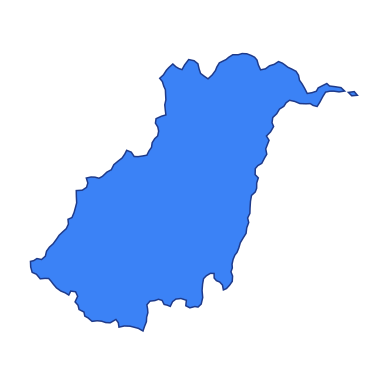 Araponga, Minas Gerais, Brazil (Natural Earth projection), rotated 188°
{"feature_id": "56859067B49785283687690", "entity_name": "Araponga", "entity_type": "district", "adm_level": 2, "iso_a3": "BRA", "parent_name": "Brazil", "parent_adm1": "Minas Gerais", "projection": "natural_earth1", "projection_center": [-42.51, -20.667], "detail": "fine", "context": "isolated", "style": "filled", "palette": "blue", "viewbox_px": 384, "rotation_deg": 188, "n_neighbors": 0, "source": "geoboundaries", "source_scale": "gbopen_adm2", "svg_char_len": 3000}
<svg xmlns="http://www.w3.org/2000/svg" viewBox="0 0 384 384"><g transform="rotate(188 192 192)"><path d="M308.2,75.7L303.5,74.5L299.7,72.8L298.3,77.0L293.4,77.0L290.7,72.8L292.5,66.9L289.1,64.0L287.5,59.9L282.3,58.1L280.9,54.2L277.5,52.9L273.0,50.0L268.0,51.3L263.6,51.5L259.2,50.7L254.8,51.1L249.6,55.2L246.8,52.3L245.5,48.0L240.4,49.9L234.7,50.5L230.2,50.0L226.1,49.5L221.2,47.5L220.3,52.3L219.1,57.2L219.5,61.8L218.9,66.3L219.7,70.0L221.0,74.0L218.4,78.1L213.7,79.3L210.3,81.1L206.5,80.5L204.0,76.8L200.8,76.5L197.6,75.7L196.0,80.7L193.1,83.7L188.1,85.0L182.5,84.0L182.3,78.5L178.0,77.0L173.2,79.0L170.0,78.9L167.3,82.3L166.7,89.0L168.3,95.8L168.7,102.3L168.5,107.8L166.1,111.1L162.5,114.0L158.8,114.4L158.1,109.9L155.5,107.6L152.0,106.7L148.9,104.1L147.3,99.4L144.4,101.2L141.8,105.0L139.7,109.1L140.1,114.4L142.3,118.4L141.5,122.4L142.3,126.1L141.9,131.1L140.8,135.4L139.0,138.6L137.9,143.0L137.1,148.5L135.0,153.5L132.7,158.6L132.8,164.2L131.6,169.7L133.3,174.0L131.7,178.9L132.3,184.3L132.8,191.0L132.6,196.9L129.4,200.8L128.5,204.7L129.2,209.9L128.3,215.2L131.9,218.0L132.6,224.0L130.5,227.3L126.9,230.1L124.8,236.0L123.2,239.8L125.0,245.0L123.8,250.1L122.9,253.9L126.1,257.8L122.6,262.5L120.3,268.2L122.4,271.7L122.4,277.0L119.0,281.3L116.9,286.3L113.0,289.6L111.2,293.5L108.2,296.4L102.9,296.0L97.5,294.6L91.4,295.2L87.2,296.0L84.1,294.6L80.0,294.1L77.9,298.8L75.6,305.1L73.6,309.5L69.6,311.0L65.6,311.6L60.3,311.6L54.9,313.2L59.0,316.1L65.2,316.2L70.6,316.1L73.6,318.2L77.4,315.6L81.5,312.7L82.9,309.1L86.9,307.1L91.6,305.6L94.9,310.3L98.0,314.3L101.1,317.6L102.8,322.5L105.8,326.0L110.5,327.7L114.5,328.9L117.6,330.7L120.5,332.2L124.5,333.2L128.3,329.9L132.8,327.8L136.4,324.2L141.1,322.5L144.0,327.1L146.0,331.7L148.8,334.2L152.2,335.4L156.9,336.5L161.6,336.1L165.2,334.4L170.7,333.6L174.4,330.5L176.7,327.9L179.4,326.1L182.9,323.7L184.8,319.2L185.7,315.5L188.3,310.7L191.9,306.3L195.9,308.3L200.0,310.6L202.1,314.8L204.0,319.8L208.2,322.3L213.7,322.7L217.0,316.8L218.9,311.8L222.1,312.4L225.3,313.7L228.8,316.1L232.3,311.9L234.3,309.0L236.6,304.0L239.8,300.1L236.7,297.2L234.7,292.9L232.6,289.6L231.7,284.7L230.7,279.7L231.1,274.5L229.9,269.6L228.6,264.7L232.8,262.8L237.8,259.6L237.8,255.1L234.9,251.6L233.5,247.6L233.8,242.7L236.3,239.7L238.3,235.3L238.3,230.6L240.3,226.7L241.8,222.2L245.9,220.8L250.3,219.5L254.2,219.1L257.7,223.0L262.5,224.2L263.8,220.3L265.9,216.0L269.5,212.3L273.2,208.2L275.0,202.8L279.1,199.8L282.9,195.0L286.0,192.7L290.2,193.2L294.1,192.8L298.6,191.1L296.4,186.4L297.1,181.9L300.9,178.5L306.8,177.3L305.9,171.6L304.7,165.2L305.2,160.9L305.9,155.4L307.3,150.0L311.0,147.7L309.9,143.0L311.4,138.2L314.2,134.9L317.6,130.6L319.4,126.8L322.3,121.4L325.5,117.6L327.8,113.2L328.3,108.0L331.6,104.2L336.3,104.5L339.2,102.0L342.3,100.8L341.3,95.3L339.1,90.2L334.6,88.9L330.2,84.9L325.6,86.0L321.9,86.4L319.3,84.2L316.4,81.3L312.9,78.2L308.2,75.7ZM51.0,312.4L47.2,309.5L41.7,310.8L45.3,314.0L51.0,312.4Z" fill="#3b82f6" stroke="#1e3a8a" stroke-width="1.5"/></g></svg>